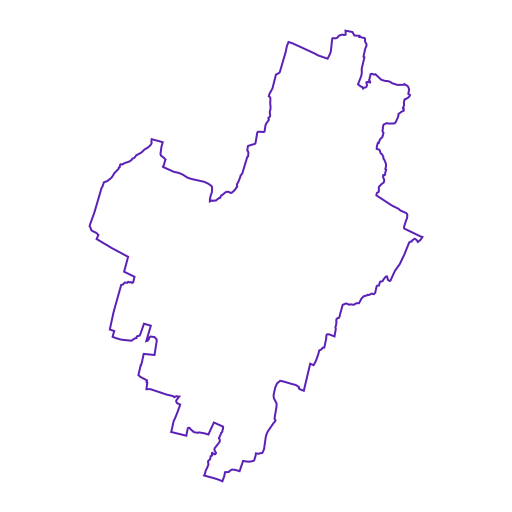 the district of Kota Blitar, Jawa Timur, Indonesia
{"feature_id": "22746128B15123001204790", "entity_name": "Kota Blitar", "entity_type": "district", "adm_level": 2, "iso_a3": "IDN", "parent_name": "Indonesia", "parent_adm1": "Jawa Timur", "projection": "robinson", "projection_center": [112.17, -8.096], "detail": "fine", "context": "isolated", "style": "outline", "palette": "violet", "viewbox_px": 512, "rotation_deg": 0, "n_neighbors": 0, "source": "geoboundaries", "source_scale": "gbopen_adm2", "svg_char_len": 6023}
<svg xmlns="http://www.w3.org/2000/svg" viewBox="0 0 512 512"><path d="M345.5,30.7L345.7,34.6L345.4,34.8L344.0,35.0L342.2,34.6L341.5,34.8L338.9,35.7L337.6,37.4L336.7,38.0L335.2,38.4L332.8,38.1L332.2,38.8L330.8,51.4L330.1,53.7L327.6,58.7L317.3,55.1L315.7,54.0L299.1,46.3L292.4,43.3L288.5,42.0L286.8,46.4L285.7,51.9L279.8,72.1L279.3,72.8L275.9,74.7L272.5,88.3L269.5,93.8L268.8,96.3L269.7,96.8L270.2,97.5L270.4,99.2L270.2,103.9L270.5,106.1L270.5,109.3L269.9,111.0L269.8,112.9L270.2,115.4L269.7,116.9L268.5,117.7L268.3,118.4L268.9,119.6L268.7,120.2L266.1,123.7L265.4,125.7L264.6,131.3L264.4,131.7L263.5,132.0L258.3,131.7L257.6,132.1L257.2,133.0L255.5,143.1L255.0,143.8L248.1,145.9L247.8,146.8L247.3,150.5L248.1,151.5L248.4,153.0L248.1,156.4L247.4,156.8L247.0,157.8L242.4,173.1L241.6,174.5L240.7,175.2L240.2,177.2L238.5,181.5L236.9,184.4L237.2,186.2L237.1,186.9L236.5,187.3L235.6,188.9L234.0,190.8L231.9,192.6L230.7,193.0L229.2,192.1L227.2,191.7L225.5,192.3L222.0,195.2L221.2,195.5L220.5,196.7L220.5,197.2L219.9,198.1L218.7,198.2L215.8,200.6L214.4,200.5L212.8,200.9L211.8,200.4L209.9,201.4L209.9,199.6L210.3,197.0L211.9,192.1L212.1,188.2L211.9,186.7L211.4,185.9L208.3,183.7L204.2,181.8L191.6,179.0L187.4,177.6L182.9,174.7L179.1,173.0L173.8,171.8L163.1,167.0L162.9,166.8L163.6,165.6L165.5,159.5L163.9,157.8L160.9,155.5L160.6,154.5L160.5,153.5L161.5,146.6L162.7,142.2L151.7,139.2L151.4,140.7L151.6,143.1L150.7,144.9L148.4,147.2L144.5,149.5L142.0,152.0L140.4,153.1L136.4,155.2L134.3,157.9L132.2,158.8L131.6,159.9L130.4,160.8L128.9,161.7L124.3,163.2L122.4,164.5L120.8,164.2L120.1,164.8L119.7,167.2L118.8,167.6L118.6,168.8L114.4,173.1L112.3,176.6L110.9,178.2L107.4,181.0L103.9,182.3L102.6,186.2L101.5,188.1L94.4,212.4L90.0,224.6L89.6,226.3L90.5,227.6L91.1,229.8L92.3,231.0L96.2,232.8L98.4,234.9L96.6,239.0L112.0,248.2L128.1,256.8L124.1,271.7L134.5,276.8L133.2,282.3L132.1,282.9L131.0,282.1L129.6,282.4L128.2,281.8L127.2,282.8L124.8,282.5L122.8,284.6L121.2,284.9L113.6,312.0L109.8,329.5L114.2,331.0L112.6,336.8L115.5,338.0L120.2,339.4L123.0,339.9L131.4,340.7L134.8,338.4L136.5,338.1L136.7,336.7L137.2,336.2L139.5,335.7L140.4,334.0L144.0,323.7L150.8,325.7L146.3,341.1L147.6,340.7L148.3,340.0L149.6,337.3L150.6,336.5L154.5,337.1L156.6,339.3L156.7,341.1L154.5,355.0L143.7,353.9L141.9,362.3L141.1,365.2L140.7,365.2L138.4,375.1L139.5,376.0L140.0,376.7L147.0,380.4L146.5,382.2L147.3,382.6L146.4,389.2L150.3,389.1L166.3,394.5L173.0,396.1L174.2,397.2L176.2,396.2L179.2,396.6L176.6,399.9L176.1,401.1L177.0,403.1L180.2,404.6L177.6,411.9L174.9,418.6L173.7,421.0L171.2,432.0L186.3,435.7L187.8,428.2L188.2,427.8L189.1,427.8L189.7,428.1L191.7,430.4L192.8,430.9L193.2,431.7L194.4,432.3L197.9,432.8L199.1,432.4L204.7,433.4L208.4,434.5L213.9,422.5L223.1,426.7L223.0,428.8L222.4,430.4L222.4,431.4L222.0,432.2L221.2,432.8L220.9,434.0L218.9,438.2L219.7,439.5L219.8,441.3L219.3,442.3L214.7,448.2L214.4,449.4L214.6,450.6L215.7,452.3L216.0,453.1L215.0,454.3L214.3,454.2L212.2,452.8L212.0,453.1L211.8,453.6L212.1,455.5L210.6,456.3L210.2,459.0L208.1,461.2L208.0,462.2L208.5,464.2L207.3,467.5L205.7,470.6L205.0,473.6L204.1,475.5L213.7,478.1L219.0,479.8L222.4,481.3L224.3,476.1L225.0,472.2L228.7,472.0L229.6,471.0L231.9,469.6L235.0,469.8L239.6,471.2L243.1,460.9L247.9,461.7L249.5,461.7L253.5,460.9L254.3,460.1L254.6,459.0L255.6,455.7L255.9,453.4L258.7,453.8L260.1,453.2L262.3,453.0L264.0,449.3L265.7,437.5L266.3,434.9L267.7,431.6L273.6,423.0L275.1,421.3L275.5,420.2L274.6,419.0L274.7,417.4L276.5,406.6L276.6,403.4L273.9,398.3L273.6,396.3L273.7,394.3L275.4,387.0L277.1,383.4L280.2,380.8L283.2,381.4L291.5,383.9L295.8,385.0L299.0,387.1L298.9,388.5L300.4,389.5L303.8,390.8L310.2,363.7L313.6,365.2L315.8,361.1L318.0,355.1L319.3,350.4L321.3,349.5L322.7,347.7L324.3,347.6L326.2,338.6L326.3,336.1L326.7,334.7L327.1,334.3L329.0,334.3L334.5,336.4L335.8,328.9L335.4,327.1L336.1,325.1L336.1,323.8L336.5,322.9L336.5,322.2L336.2,321.3L336.5,319.1L337.6,318.1L338.8,318.0L339.7,316.4L339.9,314.8L342.7,304.8L346.3,303.4L349.2,304.8L350.4,304.3L353.7,304.8L356.4,303.2L359.0,303.2L361.5,298.5L363.7,296.3L366.9,295.4L367.6,294.8L369.0,295.0L371.7,293.6L373.9,294.2L375.2,292.7L376.6,286.5L377.1,285.7L378.9,285.5L380.0,281.9L380.6,281.5L382.1,281.4L382.7,280.9L383.8,279.0L385.8,276.6L387.1,276.5L387.9,279.8L389.4,280.9L390.4,280.7L394.9,270.9L399.8,264.0L404.4,254.4L409.1,242.6L410.7,241.5L411.5,241.6L412.5,240.2L414.7,238.7L416.6,240.0L417.9,242.0L420.7,239.7L422.4,237.0L420.3,236.3L404.5,228.7L404.1,228.2L404.0,227.2L404.6,225.0L406.1,220.3L407.0,218.4L407.3,215.9L407.2,214.3L406.3,213.1L400.4,210.5L398.5,208.8L392.2,205.7L376.4,195.4L376.5,194.1L377.1,192.8L378.6,192.0L378.9,190.7L378.8,187.6L379.0,186.8L381.1,184.5L383.7,182.5L384.2,180.8L384.1,179.6L383.1,177.3L383.2,175.1L384.8,175.1L385.2,173.9L385.2,172.7L386.2,169.7L385.3,168.9L386.0,166.5L386.0,164.0L384.4,159.9L383.4,158.6L383.4,157.0L382.1,154.4L380.7,153.3L379.8,150.6L379.3,149.7L376.7,148.9L376.9,146.1L377.9,142.8L378.7,143.0L379.7,140.1L380.3,139.0L382.3,137.2L382.6,136.2L383.5,133.0L382.5,131.0L382.5,130.4L382.9,128.9L382.9,126.9L383.6,124.6L386.8,123.1L387.9,123.5L393.3,123.5L394.7,123.3L395.5,122.5L397.8,117.6L398.4,115.6L398.3,115.3L398.5,114.0L401.6,111.7L403.7,110.7L403.7,108.7L403.1,108.7L402.9,108.2L404.1,105.1L403.9,102.2L404.6,99.4L405.0,99.1L405.5,99.2L408.6,97.3L409.6,96.0L410.0,95.0L408.3,93.9L409.1,89.5L408.5,87.5L407.8,86.3L406.7,85.4L404.3,84.6L404.3,84.2L402.8,84.9L397.3,84.9L392.1,83.2L390.3,81.9L387.8,81.1L384.9,80.9L381.2,79.7L375.4,74.2L374.0,74.7L372.5,73.9L371.2,73.9L370.6,74.1L370.4,74.5L370.4,75.7L369.8,77.1L369.7,78.6L369.0,80.0L370.2,81.7L370.0,82.5L367.4,81.9L366.5,82.2L366.4,82.8L367.0,85.0L366.5,86.7L365.7,87.4L363.6,87.8L363.1,88.5L362.3,87.0L360.8,86.5L358.0,84.3L361.2,76.2L361.5,74.6L361.8,72.9L361.7,68.8L364.4,57.3L363.6,57.0L363.5,56.5L365.2,48.8L366.5,45.7L366.4,43.9L365.2,41.9L365.0,40.9L365.0,38.5L364.4,38.0L362.0,37.6L360.5,36.9L359.3,37.0L359.4,35.8L354.4,35.5L352.4,32.0L345.5,30.7Z" fill="none" stroke="#5b21b6" stroke-width="2"/></svg>